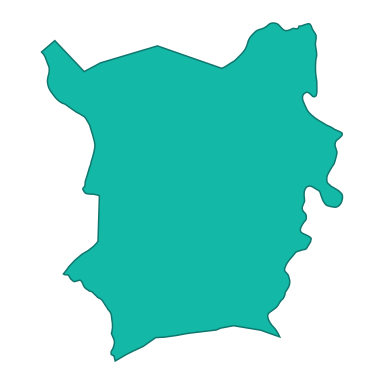 outline of San Antonio del Norte, La Paz, Honduras
{"feature_id": "27666195B2585232862225", "entity_name": "San Antonio del Norte", "entity_type": "district", "adm_level": 2, "iso_a3": "HND", "parent_name": "Honduras", "parent_adm1": "La Paz", "projection": "natural_earth1", "projection_center": [-87.706, 13.889], "detail": "fine", "context": "isolated", "style": "filled", "palette": "teal", "viewbox_px": 384, "rotation_deg": 0, "n_neighbors": 0, "source": "geoboundaries", "source_scale": "gbopen_adm2", "svg_char_len": 5866}
<svg xmlns="http://www.w3.org/2000/svg" viewBox="0 0 384 384"><path d="M299.0,26.1L298.7,27.1L298.3,27.8L297.9,28.3L297.3,28.7L296.5,28.8L295.5,28.8L293.9,28.4L293.1,28.4L292.3,28.7L290.2,29.7L288.8,30.2L287.2,30.6L285.6,30.6L284.9,30.5L284.3,30.3L283.0,29.4L281.3,27.8L280.1,26.4L279.4,25.6L278.3,24.6L276.9,23.7L276.1,23.4L274.4,23.1L273.3,23.0L272.0,23.1L270.9,23.3L269.8,23.8L268.5,24.7L267.2,25.9L266.4,26.5L265.0,27.4L263.7,28.1L261.7,28.9L259.1,29.6L257.0,30.5L255.7,31.4L253.9,33.1L251.3,35.9L250.0,37.5L249.1,39.1L248.4,40.6L248.0,41.8L247.1,44.9L246.5,46.3L245.6,48.4L244.7,49.9L243.8,51.2L242.5,52.8L240.8,54.7L236.8,58.7L234.7,60.6L233.8,61.3L230.9,63.0L225.5,66.5L223.4,67.6L221.6,68.3L157.4,45.9L100.4,62.9L84.2,71.6L54.8,40.6L41.5,52.0L42.4,53.0L43.4,54.1L43.9,54.9L44.5,55.8L45.4,57.7L46.3,60.0L47.6,63.6L48.7,66.2L49.0,67.3L49.2,68.1L49.2,69.5L49.1,72.2L48.9,73.3L48.1,76.4L47.6,78.9L47.5,80.2L47.4,81.5L47.7,83.8L48.2,86.0L48.9,88.0L50.2,90.5L52.1,93.3L55.4,97.6L57.9,100.1L59.6,101.5L60.8,102.3L61.6,102.8L62.5,103.2L64.4,103.9L65.6,104.5L70.7,108.2L75.6,111.6L77.0,112.5L78.9,113.4L84.0,116.5L84.8,117.2L85.7,118.3L86.6,119.8L89.1,124.1L89.7,125.3L90.2,126.8L93.0,136.2L94.4,141.5L94.8,144.1L94.9,145.0L94.9,146.3L94.8,147.4L94.3,150.2L93.6,153.4L92.3,158.2L91.2,161.6L90.8,163.8L90.6,164.7L89.5,167.5L87.4,174.7L85.3,181.3L85.2,182.0L85.1,184.3L84.9,185.6L84.6,186.3L84.3,186.9L83.1,188.1L82.9,188.6L82.9,189.1L82.9,189.5L83.2,190.0L84.0,191.4L85.0,192.7L85.4,193.1L85.9,193.3L87.0,193.7L88.4,193.9L90.2,194.1L92.6,194.1L97.2,194.9L98.0,195.2L99.4,195.9L98.0,241.3L96.3,243.5L93.7,246.2L88.3,250.5L81.9,254.3L75.9,259.4L74.7,260.5L69.1,266.4L66.2,270.4L63.4,274.0L64.0,274.3L64.9,274.7L65.9,274.8L67.2,274.8L67.8,275.0L68.4,275.3L68.7,275.6L70.7,279.0L73.2,281.1L73.8,281.5L74.4,281.6L75.1,281.5L79.5,280.2L80.2,280.3L80.5,280.4L80.8,280.6L81.4,281.2L82.1,282.4L82.5,283.2L83.5,285.4L84.0,286.6L84.5,287.2L85.1,287.9L86.3,288.9L88.5,290.4L89.6,291.1L90.2,291.2L91.2,291.4L91.9,291.8L92.7,292.4L94.3,294.1L95.9,295.5L97.7,297.4L98.7,298.0L100.4,298.7L101.8,299.9L103.4,302.1L105.9,306.1L107.0,307.6L107.6,308.9L108.7,310.2L110.3,312.3L110.9,313.7L111.3,314.9L112.1,321.3L112.4,322.8L112.5,327.8L112.1,330.0L111.9,331.9L111.7,332.3L111.5,332.7L111.4,333.1L111.9,334.7L113.9,339.3L114.3,340.8L114.4,342.1L114.4,343.1L114.2,344.4L113.5,346.8L112.7,349.0L111.8,350.3L111.2,351.6L111.1,352.5L111.1,353.6L111.2,354.2L111.3,354.5L113.6,355.9L114.0,355.9L114.1,356.3L114.6,358.5L115.2,361.0L126.3,354.5L133.5,350.9L143.2,346.4L155.7,337.6L164.6,337.1L176.3,335.5L184.8,333.9L189.9,333.1L216.2,330.0L220.7,328.1L233.6,325.7L260.7,330.2L279.7,336.9L278.9,335.1L278.0,333.4L276.1,330.2L274.9,328.6L271.9,325.3L270.6,323.5L269.7,322.1L268.7,320.1L268.1,318.3L267.7,316.7L267.7,315.9L267.7,315.3L267.9,314.6L268.2,313.9L268.4,313.5L268.9,313.0L270.9,311.4L274.8,308.6L275.8,307.8L276.9,306.7L277.9,305.5L279.3,303.0L280.8,300.8L281.4,300.1L282.6,299.1L283.2,298.5L283.9,297.2L284.6,295.7L284.9,294.6L285.1,293.0L285.4,292.1L285.9,291.3L287.4,289.1L288.6,287.0L289.1,285.8L289.4,284.7L289.6,283.6L289.7,282.4L289.8,281.3L289.6,279.9L288.7,276.6L288.4,275.6L288.2,275.2L287.3,273.9L285.3,271.7L284.8,270.9L284.6,270.0L284.6,269.2L285.0,267.6L285.8,265.6L286.6,264.0L287.6,262.3L289.2,260.1L293.0,255.7L294.8,253.4L295.3,252.8L295.8,252.3L296.8,251.7L298.1,251.2L300.2,250.6L302.7,249.8L305.0,249.4L305.6,249.2L306.1,248.8L306.8,248.0L307.6,246.7L310.3,242.2L310.7,241.4L310.8,239.9L311.0,239.4L311.2,239.0L311.2,238.7L311.1,238.3L310.6,237.7L309.7,236.9L307.7,235.7L304.4,234.2L302.0,233.0L301.4,232.4L300.8,231.8L300.5,231.2L300.4,230.5L300.4,229.6L300.5,228.7L301.0,227.3L301.6,226.0L302.4,224.5L303.9,222.2L305.2,220.8L305.8,220.0L306.1,219.2L306.3,218.2L306.3,217.3L306.3,216.3L306.1,215.1L305.8,214.4L305.3,213.5L303.9,212.1L303.0,210.8L302.4,209.7L302.2,209.1L302.2,208.5L302.2,207.5L302.5,206.5L303.3,204.2L304.3,202.1L304.5,201.3L304.6,200.7L304.5,199.5L304.1,195.6L304.1,193.1L304.2,192.2L304.4,191.3L304.6,190.5L304.9,189.7L305.8,188.0L306.3,187.4L306.6,187.0L308.3,186.3L309.0,186.1L309.8,186.0L311.0,186.2L312.7,187.0L318.5,190.5L319.4,191.2L319.9,192.0L320.2,192.7L321.1,195.7L322.8,200.2L323.7,201.8L324.9,203.6L325.8,204.6L326.4,205.1L327.0,205.5L327.9,205.8L330.8,206.6L334.0,207.1L335.5,207.2L336.2,207.1L337.1,206.8L338.0,206.3L338.7,205.9L339.5,205.1L340.2,204.3L340.7,203.6L341.3,202.5L341.7,201.6L342.0,200.4L342.4,198.9L342.5,197.7L342.5,196.4L342.3,195.2L341.9,194.2L341.1,193.1L339.5,191.5L338.4,190.6L333.7,187.7L331.1,186.3L330.5,185.7L328.7,184.1L327.6,183.0L327.1,182.1L326.9,181.0L326.8,179.4L326.8,177.8L327.0,176.6L327.3,175.5L328.0,173.9L328.8,172.4L330.2,169.9L332.0,166.9L333.4,164.9L334.0,163.9L334.4,162.9L335.3,160.1L336.6,154.9L336.9,153.1L336.9,152.4L336.9,151.8L335.4,146.8L335.0,145.5L335.1,143.8L335.5,142.3L335.9,141.3L336.4,140.5L339.6,137.9L341.5,136.0L341.9,135.4L342.2,134.8L342.3,134.2L342.2,133.6L342.0,133.1L341.8,132.9L341.0,132.3L339.0,131.3L335.0,129.6L331.0,127.1L326.9,125.3L318.8,120.5L315.9,118.6L314.6,117.6L311.7,115.2L310.4,114.0L309.1,112.7L308.2,111.5L307.1,109.9L305.6,106.8L304.6,104.6L303.5,101.9L302.9,100.4L302.5,98.6L302.5,97.7L302.6,96.7L302.8,95.6L303.3,94.6L304.1,93.7L305.0,93.0L305.7,92.6L306.4,92.4L307.5,92.3L308.2,92.5L309.0,93.0L310.5,94.2L312.6,96.3L313.2,96.6L313.9,96.7L314.4,96.7L315.0,96.5L315.4,96.3L315.8,95.9L316.1,95.5L316.3,95.0L316.7,93.4L316.9,91.5L316.8,81.7L316.7,80.9L316.3,78.2L315.9,75.4L315.6,72.4L315.5,69.1L315.5,65.3L315.8,60.1L316.1,58.4L316.6,56.3L316.7,55.2L316.6,53.9L316.5,52.1L315.7,46.9L315.4,44.2L315.5,42.3L316.1,38.5L316.1,36.5L316.0,35.3L315.6,34.3L314.4,32.4L312.5,29.4L312.2,28.6L311.5,26.8L311.0,25.6L310.2,24.5L309.6,23.9L309.0,23.7L307.9,23.8L305.3,24.5L301.3,25.9L300.3,26.1L299.0,26.1Z" fill="#14b8a6" stroke="#0f766e" stroke-width="1.5"/></svg>